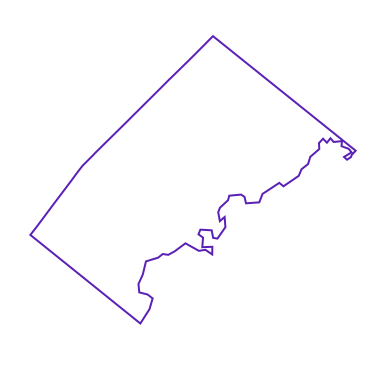 Choctaw, Alabama, United States of America, rotated 39°
{"feature_id": "52423323B57218396029551", "entity_name": "Choctaw", "entity_type": "district", "adm_level": 2, "iso_a3": "USA", "parent_name": "United States of America", "parent_adm1": "Alabama", "projection": "orthographic", "projection_center": [-88.16, 32.004], "detail": "fine", "context": "isolated", "style": "outline", "palette": "violet", "viewbox_px": 384, "rotation_deg": 39, "n_neighbors": 0, "source": "geoboundaries", "source_scale": "gbopen_adm2", "svg_char_len": 1044}
<svg xmlns="http://www.w3.org/2000/svg" viewBox="0 0 384 384"><g transform="rotate(39 192 192)"><path d="M93.4,327.1L234.6,326.7L232.7,309.8L228.4,299.5L222.0,299.6L214.2,303.2L208.3,297.2L205.7,287.1L199.9,274.9L207.0,264.3L208.3,258.6L213.1,255.8L215.9,248.9L219.2,236.0L234.4,233.4L238.8,228.5L247.0,227.8L242.3,221.8L234.7,228.4L229.3,220.5L223.7,220.8L222.2,216.0L231.4,209.4L237.3,214.3L241.1,212.2L240.1,198.3L233.1,190.9L232.0,197.1L225.1,191.2L223.6,186.6L225.2,175.8L223.3,171.4L231.7,163.2L235.8,162.7L241.1,166.8L250.8,157.7L248.0,149.1L254.1,130.0L259.5,130.0L264.8,112.2L262.8,105.4L264.6,97.2L261.8,90.3L263.9,78.5L259.9,74.1L260.3,68.1L265.8,68.8L265.8,63.1L270.6,64.0L276.5,58.1L279.4,62.3L286.7,59.8L291.0,60.8L288.1,69.1L292.2,69.3L293.6,64.8L292.8,62.8L293.2,56.9L110.2,57.7L107.6,83.5L106.5,93.4L103.7,117.6L103.6,117.9L102.0,133.4L98.0,170.4L97.4,176.0L97.4,176.3L92.1,223.3L92.1,224.6L90.4,240.7L90.6,248.9L91.1,259.4L91.1,259.6L92.0,286.2L93.2,316.4L93.4,327.1Z" fill="none" stroke="#5b21b6" stroke-width="2"/></g></svg>